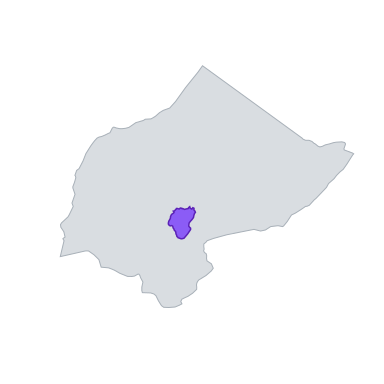 Uganda, with Kiryandongo highlighted, rotated 216°
{"feature_id": "UGA-5609", "entity_name": "Kiryandongo", "entity_type": "District", "adm_level": 1, "iso_a3": "UGA", "parent_name": "Uganda", "parent_adm1": "", "projection": "robinson", "projection_center": [32.118, 2.003], "detail": "fine", "context": "in_parent", "style": "filled", "palette": "violet", "viewbox_px": 384, "rotation_deg": 216, "n_neighbors": 0, "source": "natural_earth", "source_scale": "10m", "svg_char_len": 3367}
<svg xmlns="http://www.w3.org/2000/svg" viewBox="0 0 384 384"><g transform="rotate(216 192 192)"><path d="M257.7,300.3L253.3,300.3L246.2,300.3L239.0,300.3L231.9,300.3L224.7,300.3L217.6,300.3L210.4,300.3L203.3,300.3L196.1,300.3L189.0,300.3L181.8,300.3L174.6,300.3L167.5,300.3L160.3,300.3L153.2,300.3L146.0,300.3L138.9,300.3L134.6,300.3L133.8,300.2L133.2,300.0L130.5,300.6L127.7,302.6L124.7,303.4L121.6,303.1L121.2,303.3L119.6,303.3L117.2,303.1L115.1,303.6L113.5,305.4L111.9,308.4L109.0,311.8L106.7,314.9L104.7,317.0L100.3,320.6L97.8,321.7L96.6,321.5L95.9,320.8L94.5,316.3L93.6,315.5L84.9,317.9L83.6,317.9L83.8,316.5L83.1,305.8L83.0,299.2L84.1,295.1L84.8,290.4L84.9,286.2L86.5,279.1L85.9,274.8L87.9,259.8L88.5,257.4L89.3,250.2L90.6,248.0L91.7,247.1L93.2,242.7L96.0,235.6L98.0,231.9L97.6,224.0L97.9,218.5L98.3,217.3L102.6,215.3L108.0,210.3L110.3,204.4L113.6,200.7L119.9,198.2L138.6,178.0L147.3,167.1L151.1,161.5L151.2,159.5L151.9,156.9L150.4,154.8L148.6,152.9L148.0,151.2L146.4,150.4L144.2,150.4L142.7,149.1L141.1,146.7L139.4,145.1L134.1,145.3L130.0,142.8L130.0,139.4L131.6,132.6L134.8,124.9L134.9,122.8L134.5,121.0L133.7,119.4L132.3,117.9L131.0,116.0L132.0,110.5L134.0,105.1L135.6,102.4L137.2,99.3L136.7,96.8L134.4,95.6L135.6,93.1L138.1,89.0L142.9,84.9L147.1,82.1L149.9,82.1L155.3,84.3L160.2,86.9L162.9,87.1L166.2,86.0L173.0,81.4L174.7,82.8L176.7,85.6L178.8,90.3L183.1,92.4L185.1,93.8L186.6,94.3L187.4,93.9L189.1,90.2L191.0,88.3L194.6,85.8L202.7,83.8L208.4,83.2L210.8,82.7L214.9,81.6L221.3,77.8L227.6,82.6L234.4,83.6L241.0,83.5L243.1,82.1L244.2,81.0L251.2,73.0L260.6,62.3L266.9,77.4L269.0,78.3L268.7,79.6L268.2,80.9L272.3,84.5L277.4,86.4L279.2,88.3L279.4,90.3L277.7,99.1L278.0,101.7L279.6,110.5L282.6,112.5L285.3,121.4L290.7,125.2L291.5,126.2L292.7,130.6L294.4,135.3L295.7,136.4L296.5,136.6L298.0,141.7L297.1,144.5L298.4,153.0L300.4,160.7L301.0,169.8L301.0,173.8L300.9,176.3L300.5,179.8L299.5,181.8L297.8,183.7L295.9,186.8L294.2,190.1L293.2,191.7L294.0,196.7L293.8,198.0L293.3,198.6L290.9,199.3L287.8,200.7L285.9,202.0L283.2,204.5L281.0,207.2L278.2,215.1L273.4,221.3L272.6,223.4L268.1,227.1L266.1,231.7L264.9,237.2L263.2,241.2L259.4,246.8L258.5,255.4L258.6,272.8L257.6,292.6L257.7,300.3Z" fill="#d9dde1" stroke="#a8b0b8" stroke-width="1"/><path d="M195.1,160.2L195.3,161.2L195.3,162.1L195.1,162.6L194.6,163.9L194.5,164.5L194.6,165.0L194.9,165.2L195.3,165.3L195.9,165.5L195.3,166.2L195.1,166.5L195.0,166.9L195.0,167.9L194.9,168.3L194.7,168.6L194.9,169.5L194.1,170.1L193.1,170.4L192.4,170.7L192.2,171.1L192.2,171.7L192.0,172.2L191.6,172.4L191.2,172.5L190.8,172.8L190.5,172.9L190.1,172.7L189.6,173.2L187.7,173.6L187.3,174.1L187.0,174.6L185.8,175.9L185.3,176.5L185.6,177.3L185.2,178.8L183.9,177.8L182.1,178.1L182.1,179.8L180.8,180.0L180.0,178.7L178.5,178.3L177.3,177.6L177.3,175.9L176.7,174.1L175.8,172.2L175.8,170.0L176.1,167.1L176.1,165.2L175.4,163.8L174.6,162.5L173.4,162.1L171.9,161.9L171.1,160.8L170.9,155.5L171.3,149.9L172.6,148.3L173.2,147.8L174.0,147.5L175.6,147.1L176.3,146.8L176.7,147.0L177.1,147.1L177.5,147.1L177.9,147.1L178.4,147.4L179.3,148.2L180.2,148.6L181.8,150.2L182.2,150.4L183.4,150.6L183.9,150.7L184.8,151.4L186.1,151.8L187.5,153.0L188.4,153.0L188.8,152.8L189.5,152.0L189.8,151.8L190.1,151.7L191.6,151.8L192.3,152.2L192.9,153.0L193.6,154.6L194.0,157.8L194.3,158.5L194.8,159.2L195.1,160.2Z" fill="#8b5cf6" stroke="#5b21b6" stroke-width="1.5"/></g></svg>